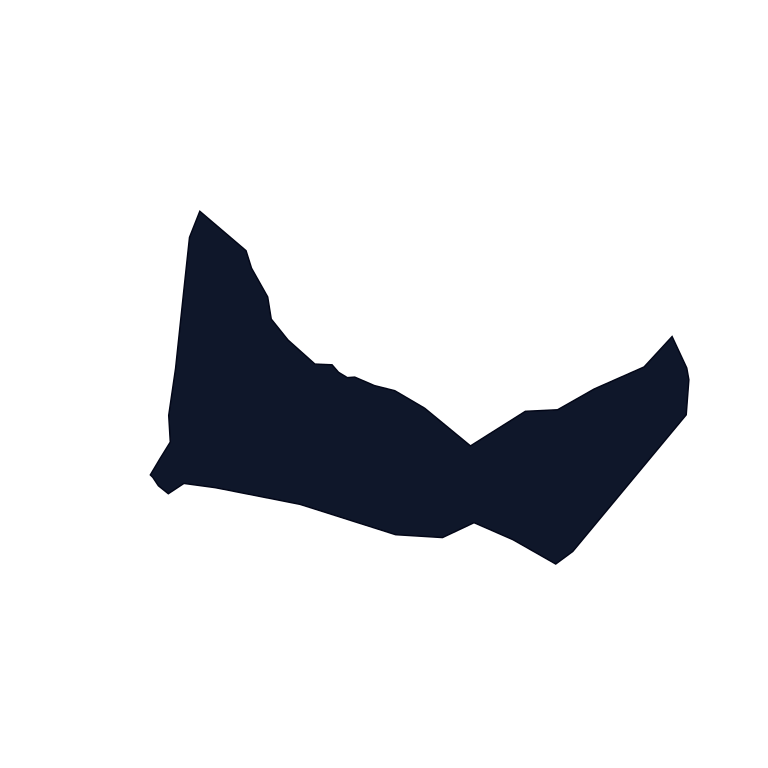 the Prefecture of Koubia, rotated 41°
{"feature_id": "GIN-5645", "entity_name": "Koubia", "entity_type": "Prefecture", "adm_level": 1, "iso_a3": "GIN", "parent_name": "Guinea", "parent_adm1": "", "projection": "orthographic", "projection_center": [-11.818, 11.71], "detail": "fine", "context": "isolated", "style": "filled", "palette": "ink", "viewbox_px": 768, "rotation_deg": 41, "n_neighbors": 0, "source": "natural_earth", "source_scale": "10m", "svg_char_len": 698}
<svg xmlns="http://www.w3.org/2000/svg" viewBox="0 0 768 768"><g transform="rotate(41 384 384)"><path d="M570.3,159.2L602.0,173.3L611.3,180.8L632.3,209.0L636.3,386.5L631.7,407.2L583.4,416.9L542.9,429.6L528.9,461.5L491.6,490.1L399.6,529.9L324.7,572.9L298.2,590.3L293.2,608.3L280.5,608.8L270.7,606.1L267.3,605.9L263.9,587.1L260.8,568.0L242.1,548.9L216.5,509.0L172.1,445.5L141.0,400.9L131.7,374.5L192.4,373.9L208.0,383.5L239.1,394.6L256.3,409.0L282.7,413.8L318.8,414.3L332.2,403.6L342.0,405.0L352.1,403.3L357.4,398.0L377.8,391.5L396.5,382.0L430.7,375.6L489.9,374.0L496.1,353.3L508.6,311.9L531.9,289.6L545.9,249.9L569.1,200.5L570.3,159.2Z" fill="#0f172a" stroke="#020617" stroke-width="1.5"/></g></svg>